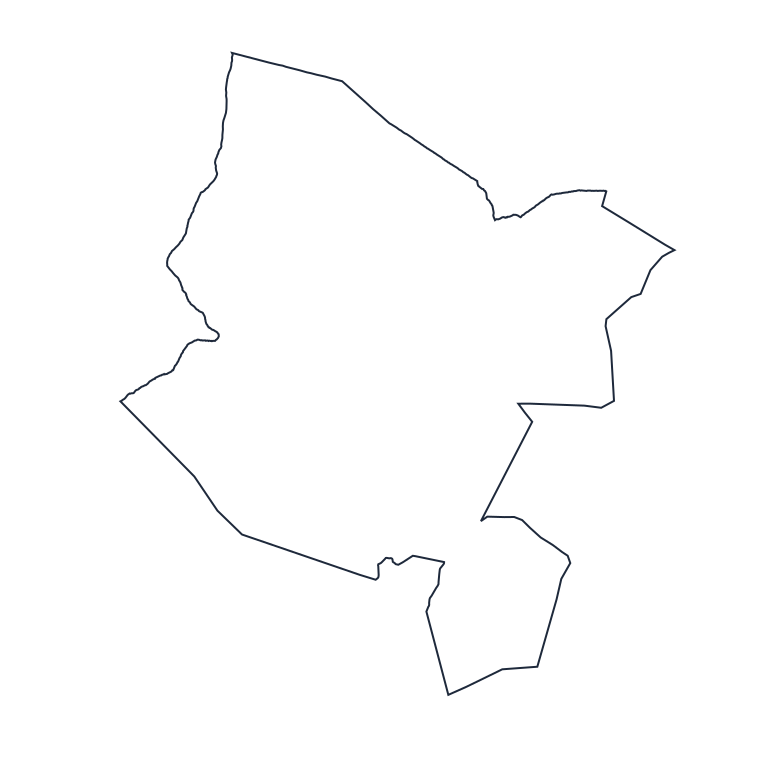 Ranerou, Matam, Senegal (Robinson projection), rotated 193°
{"feature_id": "50182788B34306626760019", "entity_name": "Ranerou", "entity_type": "district", "adm_level": 2, "iso_a3": "SEN", "parent_name": "Senegal", "parent_adm1": "Matam", "projection": "robinson", "projection_center": [-14.026, 15.106], "detail": "fine", "context": "isolated", "style": "outline", "palette": "slate", "viewbox_px": 768, "rotation_deg": 193, "n_neighbors": 0, "source": "geoboundaries", "source_scale": "gbopen_adm2", "svg_char_len": 6153}
<svg xmlns="http://www.w3.org/2000/svg" viewBox="0 0 768 768"><g transform="rotate(193 384 384)"><path d="M636.9,307.8L548.0,251.2L517.8,223.1L488.5,205.4L364.7,192.6L348.1,191.4L346.4,193.5L346.0,194.7L346.2,196.6L348.6,205.2L349.0,206.0L349.0,207.1L346.9,208.7L346.1,209.8L343.8,213.6L343.1,214.9L342.2,215.2L339.7,215.3L338.1,215.9L336.8,215.6L336.3,215.0L335.4,212.7L334.6,212.3L333.6,212.1L332.1,211.1L329.4,211.1L325.7,214.4L317.3,223.1L314.6,223.3L285.4,224.0L285.2,223.0L285.3,222.2L285.7,221.2L287.8,216.9L287.9,215.8L287.4,211.2L286.3,203.3L286.0,201.8L285.9,201.1L286.4,199.2L287.3,197.0L290.0,188.3L291.1,185.8L291.2,184.4L290.8,180.9L290.3,179.0L290.3,178.6L290.4,177.6L290.7,176.9L291.5,171.8L251.4,95.6L235.6,107.5L204.6,132.6L171.0,143.0L167.4,213.0L167.4,234.0L162.2,251.4L166.4,258.0L172.6,260.3L183.1,265.0L196.8,269.7L209.4,276.7L218.8,282.5L227.2,283.7L236.7,281.4L253.5,278.0L258.7,272.2L231.1,380.5L240.4,387.9L248.7,395.0L237.8,397.6L183.8,408.0L167.0,409.7L156.1,419.3L170.2,467.4L181.1,490.2L181.9,497.2L162.6,524.3L154.2,529.5L150.0,554.9L141.6,570.6L136.0,575.8L131.1,579.8L141.4,582.9L181.7,596.5L211.5,606.4L210.7,622.5L210.9,622.1L211.7,622.0L212.1,621.7L213.4,621.8L214.8,621.3L217.1,620.9L219.2,620.2L220.3,620.2L222.9,619.4L224.1,619.2L225.6,618.8L226.3,618.9L229.2,618.2L230.0,617.7L235.4,617.0L236.0,616.6L237.1,616.8L238.9,616.1L240.4,615.2L242.4,614.7L243.3,614.0L244.1,614.0L245.8,613.0L246.9,612.9L247.9,612.1L249.1,611.8L253.4,610.2L254.6,609.4L255.6,609.3L256.4,608.8L258.8,608.2L261.0,606.9L262.6,606.3L263.4,606.4L264.0,605.9L265.2,603.8L265.8,603.1L266.4,602.8L267.3,602.0L268.1,601.1L269.3,599.1L270.2,598.6L270.5,597.8L271.1,597.6L272.9,595.6L274.2,593.8L276.2,591.9L276.9,590.4L278.0,589.2L278.8,588.6L280.2,586.9L281.0,586.3L282.2,584.5L283.1,583.9L283.7,583.4L284.8,582.1L286.0,580.3L287.0,579.6L287.4,579.1L288.1,577.5L288.4,577.2L289.2,577.4L291.6,578.3L293.5,578.5L296.1,578.0L296.6,577.3L298.9,575.5L300.0,575.0L301.1,574.8L301.5,574.1L302.2,574.1L302.3,573.7L303.0,573.3L303.5,573.4L304.0,573.3L304.8,573.6L306.3,573.0L308.1,571.2L309.8,570.1L311.0,570.0L311.7,569.8L312.7,568.6L314.9,571.7L315.3,572.6L315.5,573.1L315.5,574.6L315.7,575.7L318.1,581.2L318.5,582.0L319.1,582.4L319.5,583.2L320.7,584.1L322.9,586.4L324.3,586.9L325.4,587.7L327.3,592.9L328.9,594.7L330.1,595.2L331.1,596.3L332.5,596.2L334.7,597.3L335.2,597.4L335.8,597.9L336.7,598.2L337.8,600.0L338.3,601.3L338.5,601.5L338.8,602.7L343.8,604.4L344.9,604.4L345.9,604.8L349.2,606.4L350.3,606.6L352.1,607.4L353.1,608.0L354.2,608.1L355.8,609.0L359.4,610.0L360.2,610.6L361.7,611.2L365.2,612.3L366.9,613.0L368.3,613.3L369.8,613.8L370.3,614.2L371.7,614.4L372.6,615.0L375.1,615.7L376.0,616.3L376.8,616.4L378.8,617.6L384.2,619.5L385.9,620.3L386.9,620.4L387.8,621.0L392.4,622.5L393.8,623.1L395.0,623.3L396.5,624.1L398.2,624.6L399.8,625.4L401.5,625.9L403.2,626.7L408.0,628.5L409.1,628.8L409.9,629.3L412.1,630.3L418.5,632.7L419.3,632.7L421.5,633.4L424.5,634.8L426.3,635.2L429.3,636.6L436.1,638.9L437.2,639.1L447.0,644.5L456.5,649.4L465.6,654.6L492.9,669.6L503.7,669.9L510.5,670.3L519.2,670.2L525.2,670.4L529.1,670.3L536.5,670.7L550.9,671.0L554.3,671.4L558.1,671.2L568.5,671.3L606.6,672.4L605.6,671.1L605.5,670.0L605.7,668.1L604.9,665.7L604.7,664.4L604.9,662.7L604.4,659.8L604.4,656.6L604.6,655.0L605.1,652.8L605.4,648.0L605.2,647.0L605.4,645.8L605.2,644.9L605.1,642.8L604.6,637.7L604.3,635.4L603.2,632.5L602.7,629.2L601.5,626.3L601.0,624.3L599.4,616.4L599.0,612.6L599.4,607.3L599.7,604.8L599.6,602.1L599.0,598.7L598.2,595.8L597.5,590.4L596.8,587.2L596.7,585.4L596.7,582.7L596.5,580.6L595.9,579.0L596.0,577.1L597.1,575.0L597.3,573.7L597.5,572.6L597.4,571.2L597.8,570.1L598.0,567.6L598.6,564.9L598.5,561.9L598.0,560.6L596.8,558.6L596.6,556.9L595.6,554.3L594.0,551.7L593.8,550.3L594.1,549.3L594.1,548.2L595.1,545.0L595.9,543.2L598.5,539.2L599.7,535.9L601.8,533.6L601.9,533.0L602.3,532.2L604.0,530.2L605.0,529.8L605.6,529.0L605.7,527.7L606.3,525.3L607.1,520.0L607.8,518.3L608.4,514.1L608.8,512.8L608.9,511.9L608.6,509.7L608.9,508.5L609.6,507.2L610.3,502.4L611.3,500.2L611.1,499.0L611.2,496.7L611.1,494.8L611.2,493.9L610.9,493.1L611.2,491.3L610.9,486.1L612.5,481.6L612.9,478.9L614.3,476.8L615.0,474.6L616.1,472.5L617.4,470.6L618.8,468.1L620.5,465.9L621.0,463.8L621.9,462.3L622.3,459.9L622.6,459.2L623.0,457.4L622.8,456.3L622.9,455.4L622.6,453.1L622.2,452.1L621.8,450.3L618.4,447.5L616.2,446.1L614.5,444.7L611.9,442.8L609.1,441.4L608.0,440.5L607.1,439.1L605.2,437.1L603.6,434.2L603.0,433.6L602.7,432.9L601.9,432.0L601.9,431.3L601.4,430.1L600.6,429.7L600.0,429.1L598.2,428.3L597.6,427.8L596.8,426.8L596.9,426.3L595.6,424.5L595.0,423.3L594.4,422.5L593.9,422.2L593.2,420.9L591.4,419.8L590.6,418.7L589.8,418.2L586.4,416.8L583.5,414.6L582.1,414.3L581.5,414.1L581.0,413.6L580.3,413.3L577.3,412.8L576.6,412.6L574.0,409.6L573.3,408.4L572.9,407.0L572.4,406.3L572.0,405.0L571.1,403.4L570.4,402.4L569.6,401.9L569.0,401.0L568.5,400.7L567.7,399.8L567.2,399.9L566.6,399.4L566.2,399.5L563.5,398.2L562.4,398.3L560.0,397.4L559.0,397.2L557.8,396.6L557.3,395.9L556.3,395.3L555.7,393.3L556.1,391.5L557.1,389.7L557.7,389.2L558.3,388.0L560.5,387.5L561.3,387.0L561.7,387.2L562.5,386.9L564.2,386.9L564.8,386.4L565.2,386.6L566.1,386.6L567.3,386.0L568.0,386.3L570.9,385.5L571.4,385.7L572.6,385.3L574.4,385.5L575.8,385.2L576.7,384.3L578.4,383.6L579.3,382.5L579.9,382.1L580.4,381.4L582.8,379.8L583.6,378.8L584.1,378.4L584.4,377.8L584.5,376.9L587.2,370.8L587.1,369.6L587.9,368.2L588.4,366.4L588.3,365.3L589.1,363.2L589.7,359.4L590.1,358.9L590.5,357.1L591.3,355.3L591.8,354.8L592.5,350.2L592.8,349.8L593.3,349.8L594.0,348.3L595.3,347.2L596.7,346.1L597.6,345.1L600.0,344.0L600.5,344.3L601.0,343.7L602.3,343.1L602.9,342.3L603.8,342.0L608.0,338.7L608.4,337.6L608.8,337.7L609.3,337.0L610.5,336.2L611.2,335.3L613.0,333.7L614.3,331.1L615.8,329.3L616.8,328.9L618.2,327.6L618.9,327.3L619.5,326.8L620.1,326.3L620.6,325.4L621.4,324.9L621.8,323.9L622.4,323.3L624.0,322.4L624.7,321.5L625.8,319.0L626.5,318.5L628.1,318.1L629.0,317.5L629.8,317.5L630.3,316.8L630.8,316.4L631.4,315.5L632.8,312.4L633.6,311.1L635.2,309.6L635.8,308.7L636.9,307.8Z" fill="none" stroke="#1e293b" stroke-width="2"/></g></svg>